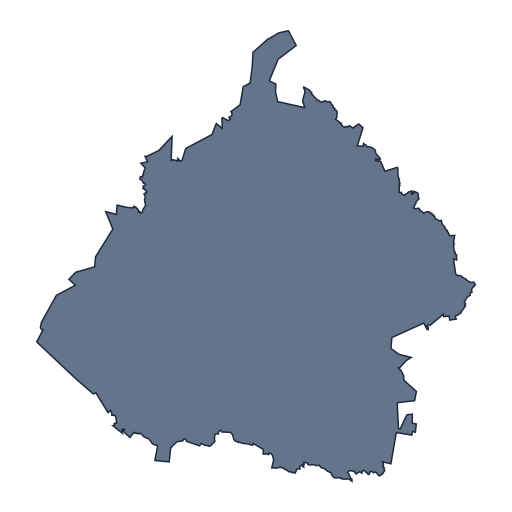 outline of Guerrero, Chihuahua, Mexico
{"feature_id": "50627088B70809052051405", "entity_name": "Guerrero", "entity_type": "district", "adm_level": 2, "iso_a3": "MEX", "parent_name": "Mexico", "parent_adm1": "Chihuahua", "projection": "natural_earth1", "projection_center": [-107.504, 28.455], "detail": "fine", "context": "isolated", "style": "filled", "palette": "slate", "viewbox_px": 512, "rotation_deg": 0, "n_neighbors": 0, "source": "geoboundaries", "source_scale": "gbopen_adm2", "svg_char_len": 6095}
<svg xmlns="http://www.w3.org/2000/svg" viewBox="0 0 512 512"><path d="M309.4,90.1L303.9,87.0L303.5,87.7L304.8,90.3L304.9,92.3L303.1,98.8L302.7,102.2L303.7,103.9L304.5,107.6L277.7,101.6L275.5,91.8L275.9,84.1L269.3,80.8L278.1,59.3L296.2,45.5L288.4,30.7L279.0,32.8L267.5,39.4L253.0,52.3L252.2,67.1L250.1,83.0L243.2,86.7L240.1,104.8L230.8,111.7L231.9,112.7L231.9,115.4L228.9,117.6L230.5,119.1L228.3,120.7L222.7,117.6L221.9,118.2L222.3,128.5L216.3,123.5L211.9,134.6L185.7,148.5L182.1,160.4L181.1,161.0L178.6,161.0L179.4,160.3L178.9,160.2L178.5,158.7L177.9,158.4L178.1,159.2L176.8,161.0L176.2,160.4L173.5,160.1L173.3,159.6L171.2,160.2L172.1,136.4L158.7,150.6L146.8,156.3L145.0,156.4L147.6,161.8L140.8,163.2L145.4,168.1L144.2,170.3L143.2,174.0L143.4,174.7L143.0,174.7L142.6,175.8L142.8,176.3L142.5,176.7L141.6,176.5L140.3,176.9L140.1,177.2L140.7,177.7L139.8,179.3L141.8,180.0L143.4,183.2L144.7,183.1L145.5,184.5L144.4,185.6L143.3,185.9L143.1,186.8L143.6,188.1L142.3,188.8L144.3,188.6L145.3,190.5L146.9,191.3L146.6,192.9L145.5,192.9L144.0,193.8L145.4,197.1L144.5,199.4L144.9,202.5L145.6,203.7L145.2,205.1L145.5,205.7L143.2,209.1L142.0,212.7L140.7,213.1L139.6,212.4L139.8,211.9L139.3,211.9L139.4,211.5L138.4,211.8L138.5,210.6L137.7,209.0L137.2,209.0L136.8,208.0L136.0,207.9L135.6,207.0L134.4,207.2L134.0,206.3L132.5,208.0L126.5,207.3L117.1,205.1L116.4,214.4L105.7,211.6L112.8,229.1L95.5,256.9L94.7,266.8L75.8,272.2L68.9,279.3L75.3,285.2L56.3,295.4L41.3,322.7L40.4,327.6L41.4,329.4L43.1,329.8L36.7,341.9L76.4,379.3L93.4,394.0L95.9,392.9L108.0,412.6L110.5,410.3L112.0,414.3L111.8,415.2L115.0,415.5L115.9,417.0L116.6,423.3L115.0,423.1L114.0,424.0L114.5,425.0L114.1,425.6L112.9,425.7L122.1,433.1L121.6,431.8L122.1,431.4L122.0,429.6L122.6,429.0L123.5,429.1L122.9,429.6L123.1,430.1L124.3,430.0L123.4,431.7L130.1,437.5L133.8,432.3L134.8,433.3L135.4,432.8L137.1,433.6L138.0,433.3L138.8,433.9L140.3,433.2L144.5,437.2L148.4,438.6L151.1,441.6L152.1,443.5L154.0,444.7L156.5,445.1L157.6,445.8L154.9,460.5L169.2,461.9L170.7,447.8L171.6,447.3L172.4,445.6L173.9,444.8L176.7,441.8L182.8,440.9L183.1,439.9L184.4,438.7L186.1,439.9L186.3,441.1L186.9,441.5L199.6,445.8L201.3,443.5L205.4,445.6L206.5,445.3L209.1,446.3L210.6,445.8L214.9,441.4L214.5,439.6L214.7,435.0L216.2,433.9L218.2,434.0L218.7,431.6L220.7,430.2L221.9,432.0L230.4,432.3L232.6,434.8L233.9,439.5L235.2,441.1L237.9,441.9L238.2,442.6L239.3,442.2L243.4,443.5L248.3,444.0L251.3,445.1L253.0,445.0L253.3,443.4L263.4,449.5L263.0,453.7L263.8,454.3L265.8,453.8L268.6,454.6L269.3,453.1L271.1,453.7L272.5,455.4L273.7,459.8L271.7,467.9L277.4,468.1L280.0,466.8L280.4,467.4L283.7,468.1L284.6,469.4L285.6,469.4L287.8,470.8L288.3,471.7L290.3,471.7L292.2,472.8L292.8,472.3L294.0,472.4L294.9,473.2L296.0,471.5L296.0,470.4L296.7,470.1L296.9,469.3L297.7,468.8L300.0,469.0L299.6,467.2L301.3,465.2L302.4,465.3L302.7,466.6L303.7,467.1L303.4,466.1L304.1,464.5L303.3,464.1L303.9,463.6L303.5,462.6L304.8,462.9L305.4,462.4L307.3,463.1L308.0,464.3L309.1,465.0L313.5,464.6L315.5,465.5L317.1,465.6L318.9,465.1L321.4,467.8L324.2,468.5L327.5,471.2L330.7,472.6L332.6,476.4L335.2,478.0L338.5,477.8L339.1,477.4L340.9,478.6L341.7,478.3L341.8,478.7L343.9,479.2L348.5,478.9L352.0,481.3L352.0,479.3L350.3,477.8L349.0,474.1L347.6,472.6L348.6,471.2L350.0,470.6L354.1,471.4L356.0,474.0L359.5,471.8L361.9,473.2L362.5,470.8L364.1,470.4L366.1,472.5L367.2,472.6L367.9,474.2L369.0,474.5L370.3,471.7L371.3,471.1L373.6,472.8L375.2,472.0L376.9,473.1L377.8,474.7L379.3,475.9L380.8,475.3L381.5,474.0L382.3,474.1L383.3,473.0L383.8,471.6L384.7,470.8L383.9,468.6L384.2,468.1L384.9,468.1L383.4,467.4L383.1,464.7L383.5,464.6L383.4,464.0L382.6,461.8L390.9,463.8L396.3,432.6L411.8,435.1L412.7,431.5L415.4,432.2L416.3,424.0L412.3,423.2L412.3,414.1L406.8,414.9L400.1,429.2L398.5,428.4L397.2,402.7L414.6,400.7L416.4,391.5L403.9,380.2L403.6,375.4L400.5,369.5L399.5,369.6L398.5,367.7L399.8,367.6L406.3,360.5L411.2,357.4L398.8,354.3L391.0,348.5L391.9,337.5L423.8,323.1L427.1,329.6L428.2,329.6L428.4,328.0L428.0,326.6L427.3,326.3L426.6,326.6L427.0,325.6L428.5,324.7L430.1,325.3L443.3,314.2L443.7,316.6L449.2,316.0L449.7,320.1L456.2,319.1L455.3,316.1L455.9,315.4L457.5,315.3L461.2,312.7L461.1,312.0L465.5,306.0L464.6,305.4L465.6,303.9L464.3,302.1L467.6,296.7L470.0,295.5L470.3,293.3L471.0,292.4L471.9,292.3L471.6,289.2L473.4,286.6L474.4,286.3L475.3,284.7L473.9,282.1L471.2,282.5L467.7,280.9L465.8,279.0L463.9,278.2L460.9,275.8L457.6,275.5L455.7,274.1L453.5,259.0L456.7,260.0L456.6,256.4L456.2,255.8L456.7,254.9L455.2,253.8L455.1,251.9L454.2,250.8L453.7,248.2L453.7,245.1L454.3,243.6L453.5,242.6L454.7,235.4L449.5,235.7L448.1,232.2L447.1,231.3L447.3,230.6L446.2,229.8L445.0,228.0L444.9,227.0L442.2,224.3L441.9,222.6L441.3,221.3L441.4,220.4L439.7,220.9L435.3,218.6L434.7,216.6L433.5,215.8L433.7,215.1L432.6,215.1L432.1,214.6L431.9,213.3L430.0,213.2L429.4,212.0L428.3,211.7L425.8,212.0L423.4,213.2L422.1,211.6L420.1,210.7L420.1,209.9L418.7,208.2L415.1,208.7L413.5,208.1L414.4,206.7L414.5,205.4L415.9,203.6L415.9,202.0L419.0,198.7L418.0,196.7L418.4,196.2L418.0,195.8L418.3,193.9L417.2,192.7L414.1,191.3L413.9,192.7L412.3,194.4L411.5,194.0L412.8,192.2L412.6,191.6L411.0,190.9L410.1,192.0L408.8,191.8L406.7,193.7L405.3,194.2L404.9,195.3L402.0,194.3L401.3,192.3L400.0,192.7L399.2,192.4L399.2,185.6L399.3,185.0L399.7,185.1L399.2,184.3L400.0,183.2L399.5,182.6L399.6,181.7L399.1,180.5L399.4,179.3L398.6,177.9L398.0,174.8L397.7,169.9L398.1,169.2L397.4,167.3L384.9,171.2L380.7,161.4L375.6,160.7L375.4,159.0L379.8,159.7L380.4,158.7L375.7,153.2L375.4,150.5L374.4,149.3L372.1,147.7L369.0,146.7L367.2,146.9L366.2,145.3L363.5,143.5L363.2,146.3L357.3,146.0L363.0,127.7L358.7,123.9L352.9,128.0L349.7,125.8L348.8,125.8L347.8,127.0L346.2,126.4L344.7,127.3L342.5,126.3L341.0,123.1L340.2,123.5L339.4,121.9L335.4,119.2L337.0,117.1L336.7,115.7L337.2,113.3L336.9,111.3L336.3,110.4L334.9,110.0L334.8,108.3L333.3,107.8L333.1,105.9L331.2,104.0L330.8,102.5L329.5,101.5L327.5,102.1L325.7,100.8L323.8,101.1L322.2,102.1L319.1,101.2L318.8,100.3L317.0,99.8L311.7,94.0L311.7,92.3L311.0,92.2L309.4,90.1Z" fill="#64748b" stroke="#1e293b" stroke-width="1.5"/></svg>